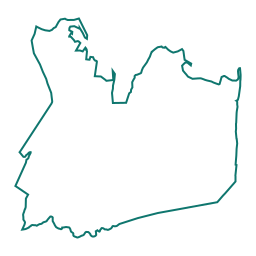 Santa María Cortijo, Oaxaca, Mexico
{"feature_id": "50627088B48919250536034", "entity_name": "Santa María Cortijo", "entity_type": "district", "adm_level": 2, "iso_a3": "MEX", "parent_name": "Mexico", "parent_adm1": "Oaxaca", "projection": "natural_earth1", "projection_center": [-98.318, 16.434], "detail": "fine", "context": "isolated", "style": "outline", "palette": "teal", "viewbox_px": 256, "rotation_deg": 0, "n_neighbors": 0, "source": "geoboundaries", "source_scale": "gbopen_adm2", "svg_char_len": 4309}
<svg xmlns="http://www.w3.org/2000/svg" viewBox="0 0 256 256"><path d="M19.6,152.2L23.4,156.8L24.1,156.9L25.0,156.8L25.5,156.3L26.3,155.0L27.3,154.4L28.1,153.6L28.6,152.9L29.5,152.3L30.3,152.2L30.1,153.0L30.5,153.1L28.8,156.4L28.5,157.9L27.5,159.1L26.5,159.6L25.9,162.7L15.4,186.0L28.1,194.6L25.9,198.6L25.7,207.0L25.2,208.9L24.9,209.1L24.4,210.6L24.0,212.1L23.5,213.2L23.1,214.7L23.2,215.7L23.3,216.5L23.4,218.2L23.4,219.6L23.9,220.4L24.7,221.5L25.0,222.6L24.5,224.6L22.2,229.6L23.6,229.4L24.6,229.2L25.7,229.0L27.0,228.4L28.9,227.5L29.5,226.7L30.6,226.2L31.4,225.3L32.4,225.0L34.1,225.2L35.5,225.2L36.8,225.7L38.4,224.7L39.7,224.1L40.9,224.0L42.1,223.4L43.3,222.3L44.7,221.9L46.0,221.5L46.9,220.8L47.5,219.8L48.1,219.1L49.3,217.7L50.4,216.5L51.2,216.5L52.3,217.0L52.7,217.5L52.7,218.9L52.7,220.1L52.7,221.1L53.2,222.0L53.6,222.7L54.0,223.4L54.5,224.4L54.8,225.1L55.5,226.2L56.2,227.2L57.4,227.9L58.5,228.5L59.8,228.8L61.0,229.2L61.6,229.0L62.0,228.5L62.2,227.5L62.5,227.5L63.2,227.5L64.0,227.4L66.1,227.0L66.6,227.1L68.2,227.3L69.2,227.5L69.5,227.8L70.3,229.2L70.7,230.7L71.1,231.7L73.0,233.0L73.3,233.5L73.3,234.9L73.4,235.5L73.7,236.0L74.8,236.6L75.8,236.9L76.9,237.4L77.7,237.5L78.2,237.3L79.3,236.9L80.5,236.3L81.2,235.9L81.9,235.6L82.6,235.5L83.8,234.8L85.4,232.4L86.2,231.9L86.9,232.0L88.1,232.0L89.0,232.6L89.8,233.5L90.4,234.3L90.5,234.9L90.8,235.3L91.6,236.1L92.6,236.5L93.8,236.5L94.6,236.3L95.5,235.8L96.2,234.9L96.0,232.6L95.8,231.3L97.4,230.3L98.0,230.9L99.3,231.6L99.7,231.4L100.3,229.8L101.1,228.9L101.6,228.1L102.7,228.1L103.6,228.5L104.8,229.4L106.2,229.4L107.9,229.9L109.0,229.5L110.2,228.9L111.2,228.3L111.9,227.4L112.4,226.4L113.0,226.0L113.6,226.1L114.7,226.3L115.9,226.2L116.9,225.9L119.4,224.0L137.8,218.1L157.9,213.0L187.7,207.6L188.0,207.5L188.7,207.4L217.3,202.2L223.0,195.6L225.2,193.3L235.5,181.5L235.5,176.2L235.4,175.7L236.5,165.0L235.6,164.7L235.7,163.2L236.3,155.9L236.6,148.8L237.1,144.3L237.2,143.6L236.7,138.8L236.5,138.7L235.8,131.4L235.9,130.8L236.1,128.7L236.0,123.7L236.2,122.9L236.6,113.1L236.8,111.1L237.5,107.0L237.5,106.5L237.2,104.5L237.2,101.8L236.8,100.9L236.4,100.7L237.9,99.8L238.8,96.3L240.2,86.2L240.3,78.9L240.5,79.0L240.6,76.1L240.6,74.8L240.0,68.2L239.3,68.2L238.3,69.6L238.0,71.1L238.2,73.6L238.6,76.9L238.3,78.4L237.8,79.5L236.2,80.6L232.3,80.5L228.7,78.8L227.7,78.0L227.3,77.7L224.6,76.0L223.9,76.0L221.6,77.0L221.2,78.4L221.0,79.1L220.7,80.2L220.6,80.7L220.2,81.8L220.1,82.2L219.9,83.0L219.6,84.0L218.8,84.4L216.6,83.7L213.4,82.5L211.5,81.5L207.2,80.5L204.8,79.8L204.7,79.7L202.0,78.7L200.7,78.3L197.7,78.4L196.7,78.5L192.5,78.8L188.1,76.7L187.8,76.4L187.5,76.0L185.8,73.9L185.3,73.4L183.0,70.6L182.1,65.7L183.3,64.4L185.2,62.6L187.3,62.5L190.8,65.4L191.2,63.6L184.6,59.8L184.5,58.6L184.4,58.4L183.4,51.0L182.0,49.1L177.8,51.4L173.2,52.6L170.6,51.4L168.5,49.9L168.3,49.8L165.4,46.9L165.0,47.1L164.6,47.7L162.6,47.5L162.1,47.1L161.6,46.5L160.2,46.8L159.7,46.9L158.9,47.0L158.4,47.1L157.6,47.3L155.1,49.1L152.9,50.9L152.1,51.8L151.7,51.8L150.5,54.9L149.9,56.7L149.5,57.3L148.8,58.7L148.6,58.9L146.9,62.3L146.7,62.6L145.4,64.4L143.2,67.4L142.8,68.1L141.9,70.2L141.2,72.7L140.8,73.2L137.2,74.7L135.6,75.0L134.6,76.1L134.6,76.3L134.7,77.3L134.7,77.5L134.4,78.3L133.7,79.3L132.3,82.0L132.2,82.2L132.2,82.3L132.4,87.4L131.1,89.7L130.9,92.0L129.2,93.3L126.1,102.8L112.9,103.0L112.0,92.9L112.9,88.7L113.0,85.6L114.3,79.9L114.9,74.0L112.7,70.8L113.3,80.0L106.4,80.8L106.2,80.7L105.8,80.2L100.9,76.5L94.8,76.2L96.9,61.7L96.5,60.9L95.3,60.7L94.0,59.4L93.4,58.0L93.1,57.2L90.4,56.9L89.5,59.7L88.2,59.6L86.2,59.3L87.0,51.1L86.2,50.1L86.2,49.9L86.6,49.4L86.2,48.8L86.1,48.5L85.6,47.9L85.4,48.0L85.3,47.8L82.7,51.4L80.0,50.5L76.0,50.6L80.3,43.0L78.9,41.6L77.9,41.1L77.3,41.2L75.0,41.8L74.3,40.7L74.2,40.4L70.9,36.8L69.6,36.6L69.2,36.6L69.2,36.3L71.2,33.0L71.4,32.8L72.1,33.5L72.3,31.8L69.3,30.3L69.3,29.1L69.5,27.9L70.3,26.6L74.3,26.2L79.6,28.7L79.6,27.8L82.7,32.9L84.9,37.5L86.9,38.8L87.2,35.2L78.9,18.5L74.1,19.9L67.7,20.0L65.7,19.2L65.0,18.7L60.5,19.5L58.5,22.0L55.7,27.1L53.7,28.1L51.9,29.9L49.5,30.9L45.2,30.3L41.7,29.2L37.6,27.2L36.3,26.5L34.6,33.9L31.6,40.5L32.8,47.4L33.9,53.3L40.0,64.5L42.9,71.9L46.2,78.9L47.5,83.5L51.2,92.9L51.5,95.6L52.2,101.3L52.1,102.2L51.3,103.9L51.0,104.3L19.8,152.0L19.6,152.2Z" fill="none" stroke="#0f766e" stroke-width="2"/></svg>